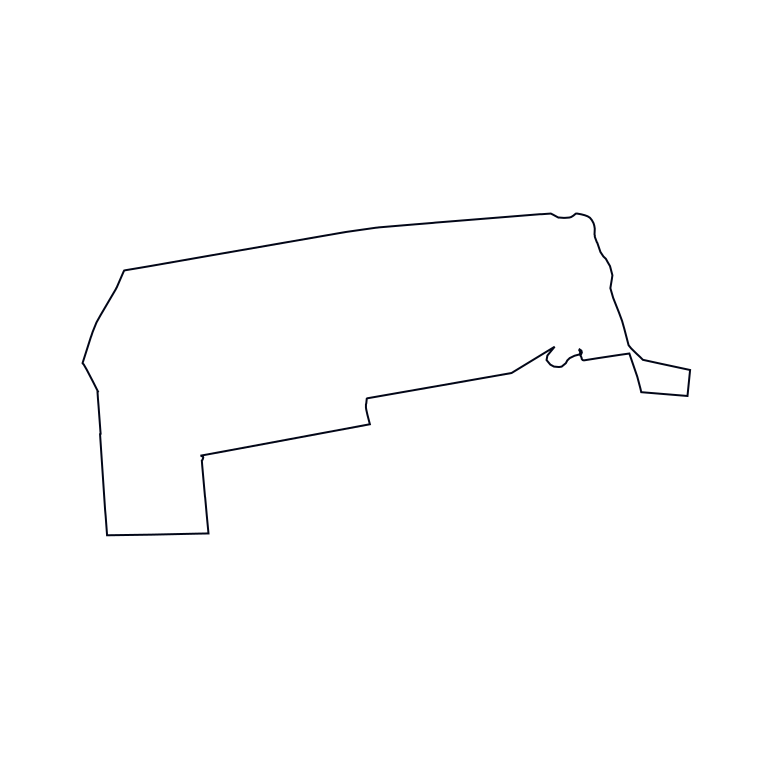 outline of Cilieni, Olt, Romania, rotated 13°
{"feature_id": "2599482B82489722480491", "entity_name": "Cilieni", "entity_type": "district", "adm_level": 2, "iso_a3": "ROU", "parent_name": "Romania", "parent_adm1": "Olt", "projection": "natural_earth1", "projection_center": [24.598, 43.879], "detail": "fine", "context": "isolated", "style": "outline", "palette": "ink", "viewbox_px": 768, "rotation_deg": 13, "n_neighbors": 0, "source": "geoboundaries", "source_scale": "gbopen_adm2", "svg_char_len": 2168}
<svg xmlns="http://www.w3.org/2000/svg" viewBox="0 0 768 768"><g transform="rotate(13 384 384)"><path d="M246.6,569.1L240.9,552.0L235.3,534.9L234.9,534.0L225.2,504.3L223.7,499.5L224.1,498.9L224.3,498.4L224.3,497.6L224.4,497.1L224.4,496.2L224.1,495.7L223.5,495.4L222.3,495.3L222.1,494.8L246.6,484.2L379.3,426.4L374.8,417.8L372.5,413.0L371.7,411.0L371.0,407.9L371.1,406.9L370.5,402.2L370.7,401.9L370.9,401.7L428.4,377.4L469.5,360.0L505.8,344.6L541.9,309.3L536.8,319.5L537.0,324.1L541.7,327.7L545.7,328.8L550.7,328.1L553.2,327.1L556.5,322.8L557.3,319.8L559.1,317.0L563.3,313.6L566.9,311.7L567.8,311.3L568.2,309.6L567.6,308.2L566.6,307.1L566.8,306.3L568.8,307.1L569.7,308.8L569.1,312.2L570.4,313.6L571.1,315.2L572.2,316.0L573.5,316.0L586.6,310.7L607.1,302.6L616.2,299.1L617.0,300.4L629.2,320.0L634.8,330.6L636.5,334.1L668.7,329.4L677.6,328.1L682.4,327.4L679.1,301.5L648.3,302.0L630.8,302.2L627.5,300.1L623.5,297.8L621.5,296.6L616.8,293.7L613.6,291.2L605.8,276.3L601.8,269.0L597.0,261.7L587.9,248.5L583.0,239.7L582.4,230.3L582.1,226.7L577.7,218.3L574.5,214.9L572.0,212.1L569.1,210.4L565.2,206.7L560.1,198.5L559.5,198.0L556.4,193.3L556.1,192.5L556.0,191.8L555.5,191.0L554.9,187.8L554.4,185.2L553.3,182.5L552.0,180.2L549.7,177.6L547.3,175.7L544.7,174.8L541.6,174.4L538.1,174.3L535.8,174.4L533.7,174.5L532.5,174.9L530.7,177.3L528.8,179.2L527.2,180.1L523.0,181.4L522.1,181.6L521.2,181.8L519.2,182.1L517.2,182.4L516.6,182.6L516.4,182.6L516.1,182.5L514.6,182.1L510.3,180.9L509.0,180.6L508.6,180.5L508.2,180.4L499.7,183.0L499.3,183.1L497.7,183.5L412.6,210.5L397.7,215.2L395.5,216.0L378.2,221.5L343.3,232.7L342.9,232.9L340.8,233.6L333.3,236.5L326.8,239.0L312.3,244.6L186.8,297.5L130.8,321.2L119.3,326.0L106.5,331.3L105.3,331.9L105.0,333.1L104.2,337.4L101.8,350.4L101.6,350.7L101.5,351.1L101.5,351.3L101.4,351.8L92.3,380.8L90.0,388.7L88.4,398.8L88.0,403.1L87.8,404.4L87.8,404.5L86.7,417.9L85.6,431.3L85.7,431.7L86.9,432.4L91.1,436.9L97.6,444.5L99.5,446.7L107.0,455.7L106.6,456.1L108.6,462.7L110.7,469.3L118.3,493.8L119.1,496.3L118.6,496.7L119.8,500.7L140.5,569.2L142.5,575.3L148.2,593.7L191.3,583.1L235.4,571.9L246.6,569.1Z" fill="none" stroke="#020617" stroke-width="2"/></g></svg>